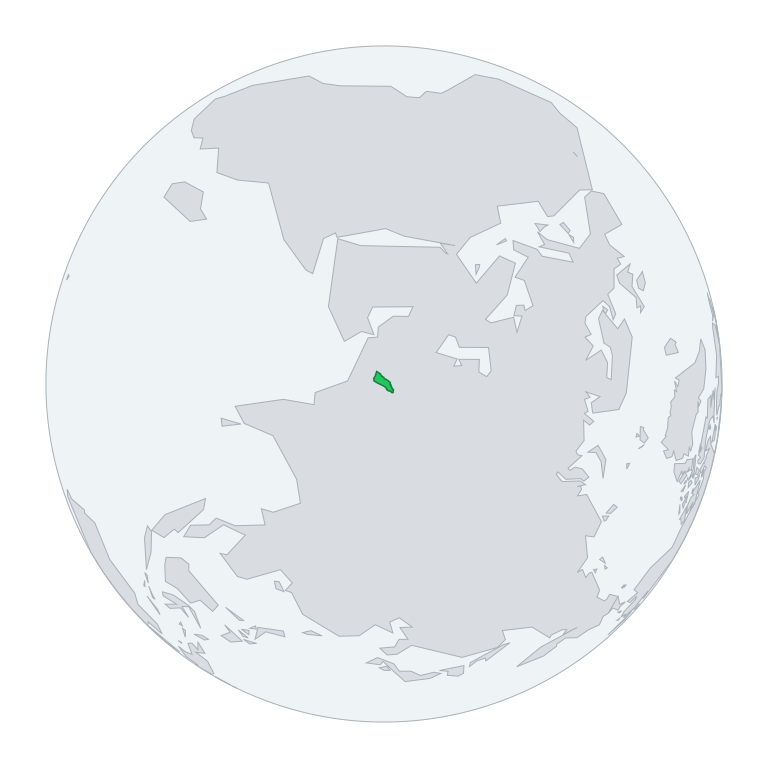 globe centered on Hilmand, rotated 112°
{"feature_id": "AFG-1750", "entity_name": "Hilmand", "entity_type": "Province", "adm_level": 1, "iso_a3": "AFG", "parent_name": "Afghanistan", "parent_adm1": "", "projection": "orthographic", "projection_center": [64.341, 31.376], "detail": "medium", "context": "on_globe", "style": "filled", "palette": "green", "viewbox_px": 768, "rotation_deg": 112, "n_neighbors": 0, "source": "natural_earth", "source_scale": "10m", "svg_char_len": 12404}
<svg xmlns="http://www.w3.org/2000/svg" viewBox="0 0 768 768"><g transform="rotate(112 384 384)"><circle cx="384" cy="384" r="338" fill="#eef3f6" stroke="#a8b0b8"/><path d="M439.1,50.6L440.4,50.9L469.8,58.9L486.0,63.4L477.0,61.7L512.3,72.6L532.7,82.4L505.4,70.4L499.3,68.8L511.0,74.4L507.3,74.0L510.9,76.8L505.4,76.2L489.8,70.3L486.0,70.1L494.5,74.2L494.4,76.9L482.5,70.7L481.0,75.1L454.8,68.1L427.3,55.6L408.4,54.7L368.7,50.5L368.0,51.8L352.5,52.3L345.9,54.3L340.4,53.8L339.9,56.0L346.2,56.2L348.1,57.4L344.8,58.8L337.2,58.2L337.7,57.3L333.8,58.0L331.4,57.2L330.7,58.4L321.9,58.0L325.6,60.8L314.5,62.5L310.0,61.7L317.0,58.6L324.0,52.3L321.6,52.1L311.2,54.0L277.7,63.3L273.9,64.5L296.8,57.5L320.1,52.2L343.8,48.5L367.6,46.5L391.5,46.2L415.4,47.5L439.1,50.6ZM260.5,69.5L269.6,66.1L266.4,68.1L278.3,64.6L278.8,65.2L288.3,63.7L279.8,67.6L266.2,72.5L257.9,74.2L251.7,76.8L253.9,78.6L232.7,86.4L209.2,100.0L204.5,102.2L205.6,98.7L220.2,88.8L220.9,88.0L260.5,69.5ZM217.7,89.8L213.5,92.6L201.9,99.4L196.9,102.6L193.4,105.1L194.9,104.4L189.4,108.0L192.5,105.6L217.7,89.8ZM498.4,67.3L491.7,64.6L499.5,67.4L498.4,67.3ZM512.3,77.4L515.4,78.4L515.9,79.6L512.3,77.4ZM292.4,61.8L290.4,62.7L289.6,62.5L292.4,61.8ZM298.4,60.6L299.0,59.7L302.0,58.9L301.5,59.5L298.4,60.6ZM508.0,79.9L507.9,81.8L505.3,78.7L508.0,79.9ZM297.0,61.9L307.1,57.9L312.3,56.8L315.0,58.2L297.0,61.9ZM506.0,82.3L506.0,87.9L512.8,90.3L493.3,87.4L499.9,83.0L495.6,78.6L501.6,81.6L506.0,82.3ZM349.6,55.6L342.8,55.5L351.5,54.4L349.6,55.6ZM354.7,54.7L378.9,51.2L387.4,52.7L377.6,53.2L391.0,54.8L383.2,57.1L374.1,56.9L370.2,55.2L370.2,57.5L354.7,54.7ZM482.6,85.3L480.3,86.1L479.7,84.2L482.6,85.3ZM349.5,57.8L353.6,56.7L361.3,57.8L354.4,60.3L354.1,59.1L349.5,57.8ZM398.3,54.3L402.7,55.9L397.7,58.2L398.7,59.3L383.8,57.4L398.3,54.3ZM350.7,59.6L350.7,61.6L344.1,62.6L346.0,59.0L350.7,59.6ZM366.1,57.1L369.4,57.9L365.3,58.2L366.1,57.1ZM320.7,68.2L325.4,66.2L329.8,66.5L320.7,68.2ZM351.1,62.4L353.4,62.1L355.6,62.1L354.2,63.7L351.1,62.4ZM381.2,59.4L378.2,60.2L387.1,60.2L383.6,62.4L374.3,60.9L376.9,62.4L375.8,63.2L369.4,61.3L381.2,59.4ZM359.7,65.7L346.6,65.4L336.7,68.7L332.6,68.3L349.1,63.3L359.7,65.7ZM365.9,63.2L361.1,64.6L358.3,63.2L360.0,61.4L365.9,63.2ZM384.7,64.5L392.4,61.5L394.2,62.0L384.7,64.5ZM357.3,66.9L360.6,67.0L357.0,67.2L357.3,66.9ZM376.9,65.4L379.4,64.2L381.3,64.7L376.9,65.4ZM364.9,68.5L360.7,68.2L361.6,66.8L364.9,68.5ZM370.8,67.3L372.9,68.4L364.5,66.5L371.6,66.6L370.8,67.3ZM378.3,66.1L380.3,66.1L377.0,66.6L378.3,66.1ZM363.7,74.3L352.9,72.2L355.0,69.0L365.2,71.3L363.7,74.3ZM58.4,391.7L60.4,334.4L67.2,322.0L74.0,301.1L125.9,263.6L130.7,275.2L164.4,289.5L167.5,295.0L156.8,309.5L176.7,345.6L191.1,336.0L215.9,359.0L236.6,365.4L256.0,336.2L222.0,324.9L222.8,307.4L255.3,303.1L286.0,314.1L287.3,307.8L273.5,288.8L286.3,280.1L269.4,281.5L272.0,289.2L261.5,290.7L258.5,283.9L263.1,280.7L255.5,275.2L235.4,292.7L235.9,302.5L212.4,297.8L211.0,314.0L202.6,318.2L201.8,292.6L206.3,285.2L200.2,254.3L193.4,261.5L198.7,291.5L194.5,287.4L185.3,298.8L189.0,286.9L185.0,253.6L167.6,248.8L135.5,268.0L127.4,264.0L125.1,251.5L146.9,223.2L162.5,235.5L170.4,227.0L175.8,209.1L180.1,214.8L184.2,209.4L191.0,213.8L208.9,206.7L217.0,210.2L232.2,195.4L238.5,195.6L227.7,204.0L224.6,212.2L245.8,222.1L252.3,220.5L260.4,210.5L265.2,215.1L270.4,204.2L286.6,205.9L271.2,195.3L280.4,184.7L294.6,179.9L294.9,174.9L271.8,183.0L265.0,188.1L263.7,195.4L242.9,209.6L233.9,209.0L245.2,188.0L233.6,185.4L247.4,171.5L301.3,156.0L319.7,156.7L332.8,179.5L323.8,184.8L314.7,178.9L315.6,193.9L319.1,188.0L323.1,192.3L332.9,184.5L336.2,187.2L340.0,175.5L345.1,178.0L342.7,185.4L361.5,177.3L374.4,180.9L377.1,177.9L376.3,173.6L393.2,181.8L394.4,179.3L389.4,175.5L388.5,168.3L393.6,159.1L399.2,162.4L398.1,166.2L404.2,179.6L400.4,189.9L403.2,190.5L407.8,182.4L400.4,165.8L401.9,159.4L406.7,166.6L405.1,163.4L407.6,161.4L415.2,162.7L410.5,154.7L430.3,130.8L447.1,132.0L449.2,140.3L468.9,130.2L486.3,134.2L481.6,130.5L487.9,124.4L482.5,122.9L480.7,120.8L494.4,106.8L501.9,106.8L502.5,98.4L500.1,96.8L494.5,96.1L493.3,87.4L512.8,90.3L517.3,93.8L526.5,94.1L535.4,102.4L547.0,110.1L551.4,120.4L560.3,126.3L562.8,125.9L576.7,134.4L596.4,155.0L569.1,140.0L537.3,113.7L549.3,124.1L543.2,122.6L545.4,127.1L554.2,134.9L557.3,135.2L553.9,155.6L568.3,181.9L575.5,175.7L585.7,180.1L608.2,209.1L615.9,260.5L629.5,270.5L634.1,279.6L630.5,288.9L623.8,275.7L615.1,274.4L611.8,266.1L603.8,278.0L598.8,266.7L595.0,282.3L602.6,289.5L611.5,282.5L610.5,302.0L626.7,312.7L634.7,331.2L628.0,373.1L612.0,391.6L612.3,398.1L602.8,394.5L594.9,410.4L616.4,438.0L617.4,447.8L602.4,472.5L601.2,465.6L576.1,456.0L574.7,480.1L593.9,493.0L600.6,512.5L587.4,510.4L580.1,493.4L571.2,489.4L571.2,469.0L559.2,441.4L545.6,451.0L544.4,438.6L525.8,416.8L505.0,429.4L473.5,467.6L472.9,498.9L460.4,513.7L435.9,471.5L429.4,441.1L417.7,444.6L394.8,418.9L347.2,416.0L342.9,407.5L333.4,410.6L317.7,400.8L312.2,386.6L301.5,386.1L316.9,423.4L328.7,424.1L342.0,411.8L343.8,424.6L359.3,436.7L333.1,464.5L266.6,481.3L264.4,457.3L236.2,383.1L239.5,376.2L239.5,375.3L239.5,373.7L232.4,384.5L229.0,369.9L239.4,420.7L239.3,440.7L265.6,482.5L262.1,485.5L271.8,494.6L308.4,491.4L307.6,499.0L287.7,530.9L240.9,566.3L249.7,596.0L250.6,618.1L227.2,625.7L235.0,642.5L223.7,644.0L226.9,652.3L221.1,657.6L209.3,659.2L182.9,647.1L176.7,639.2L156.5,617.9L126.5,568.9L128.2,553.1L123.9,536.2L105.4,489.1L109.1,470.4L105.3,458.4L96.8,454.4L93.1,439.9L88.4,435.6L63.0,415.4L58.4,391.7ZM100.9,289.8L97.8,295.6L100.9,289.8ZM314.1,342.6L335.3,347.4L333.4,325.6L341.4,325.9L337.8,318.8L333.1,324.0L325.5,304.8L337.4,300.5L338.7,291.5L331.6,289.6L311.0,300.7L321.8,327.9L313.7,335.3L314.1,342.6ZM201.6,99.6L200.9,100.0L196.5,103.1L197.0,102.6L201.6,99.6ZM186.6,112.9L178.1,118.6L184.5,113.8L183.5,113.7L195.7,104.4L202.7,102.8L197.4,104.9L186.6,112.9ZM213.9,92.6L205.4,98.0L214.4,92.3L213.9,92.6ZM200.4,178.5L199.8,183.9L193.1,188.6L182.9,186.6L192.5,179.5L200.4,178.5ZM200.7,190.6L214.7,171.7L221.7,172.9L215.4,175.3L218.6,178.0L209.4,182.6L202.3,203.3L195.9,209.0L180.4,200.8L189.0,200.0L189.0,194.4L200.7,190.6ZM238.3,129.0L244.5,122.9L251.6,133.1L245.0,137.7L234.3,135.4L235.8,128.7L238.3,129.0ZM299.9,66.2L301.8,64.8L303.9,64.7L304.0,65.9L299.9,66.2ZM322.5,67.3L293.8,73.1L294.5,71.5L276.8,77.9L271.9,76.5L283.5,72.2L266.4,76.4L274.9,72.1L263.1,75.7L289.5,66.3L296.5,63.2L290.6,67.0L295.0,68.2L299.0,67.8L315.5,64.7L332.6,59.6L339.7,60.8L340.2,63.0L337.1,64.4L333.5,63.0L332.0,65.9L324.4,65.1L322.5,67.3ZM341.4,99.7L338.4,95.6L334.2,105.0L326.6,102.7L326.6,103.9L318.4,104.6L308.5,107.9L306.0,106.1L303.2,108.2L297.8,109.0L293.1,111.5L287.0,109.5L280.8,112.5L281.4,109.9L272.4,115.7L276.4,110.6L269.7,111.8L269.3,116.1L247.9,103.7L235.8,103.8L223.5,107.2L232.1,99.1L249.1,91.3L268.7,85.7L279.1,87.3L281.1,83.8L286.6,83.8L282.7,86.5L292.1,82.3L295.6,83.1L313.1,80.7L324.3,75.2L331.0,74.6L328.4,77.2L336.8,74.8L336.4,79.6L341.1,79.4L345.5,84.4L337.6,90.3L343.5,89.8L347.1,94.1L341.4,99.7ZM364.6,75.7L356.9,82.3L349.0,84.6L344.8,75.1L340.6,74.6L337.6,69.5L349.1,66.6L348.9,68.2L351.4,69.2L346.8,69.6L352.3,70.0L352.2,72.5L356.5,73.5L352.9,75.3L364.6,75.7ZM175.2,291.5L178.3,294.2L184.2,296.5L178.6,304.1L175.2,291.5ZM172.0,268.9L175.4,269.6L170.3,280.6L167.0,278.2L172.0,268.9ZM181.7,261.1L176.0,268.8L177.1,263.2L181.7,261.1ZM231.4,204.4L235.6,204.9L234.3,207.6L230.0,210.3L231.4,204.4ZM327.4,130.4L327.0,126.9L329.3,126.3L335.0,118.8L341.1,120.4L340.0,125.6L327.4,130.4ZM247.7,339.8L239.2,344.0L237.2,340.0L240.5,339.4L247.7,339.8ZM205.3,324.0L212.9,331.8L203.7,326.0L205.3,324.0ZM335.0,130.9L336.6,127.5L338.7,130.5L335.0,130.9ZM345.8,121.3L348.9,124.1L342.5,119.8L345.8,121.3ZM401.9,716.4L406.6,717.2L400.8,717.6L401.9,716.4ZM305.9,624.6L293.2,658.0L277.7,655.4L271.3,644.5L273.6,623.4L290.4,619.8L297.6,610.3L305.9,624.6ZM655.7,532.3L661.3,529.8L660.9,531.2L655.7,532.3ZM650.0,531.8L656.9,528.0L648.4,535.3L650.0,531.8ZM659.5,526.5L666.4,519.5L669.4,515.5L668.6,518.5L659.5,526.5ZM645.1,534.7L616.3,548.5L604.2,550.2L607.7,544.3L627.2,537.0L645.1,534.7ZM606.6,544.5L587.4,538.3L557.0,506.6L568.0,504.3L598.9,519.2L597.1,524.1L608.8,530.4L606.6,544.5ZM651.0,499.2L648.9,512.7L633.6,519.6L626.3,521.1L621.3,507.2L624.1,497.5L630.3,495.0L651.2,454.8L659.0,457.7L653.3,473.5L659.6,481.2L651.0,499.2ZM474.7,501.6L483.8,518.3L476.7,522.2L474.7,501.6ZM657.3,429.5L650.4,447.2L655.9,425.6L657.3,429.5ZM659.1,410.6L660.7,416.9L656.4,412.5L659.1,410.6ZM614.3,407.4L607.9,411.8L606.6,407.1L614.0,398.8L614.3,407.4ZM640.7,347.0L644.8,361.0L645.0,366.3L640.1,359.4L640.7,347.0ZM389.4,145.6L374.7,153.6L368.1,161.7L370.8,169.4L360.7,162.5L370.8,150.0L389.4,145.6ZM424.7,132.0L422.2,126.2L427.4,127.1L428.7,128.5L424.7,132.0ZM420.3,129.7L409.6,125.9L410.9,121.6L419.1,125.4L420.3,129.7ZM371.9,127.0L367.1,129.1L365.6,126.5L371.9,127.0ZM649.8,592.6L649.2,593.4L606.9,635.0L600.2,638.3L607.6,630.5L613.0,614.6L615.7,613.4L621.1,600.1L649.4,572.6L671.4,536.7L680.5,529.6L691.5,504.3L698.8,496.1L692.9,513.5L696.2,512.7L709.0,472.8L705.2,489.0L697.1,511.2L687.4,532.7L676.3,553.6L663.8,573.5L649.8,592.6ZM669.4,524.2L678.1,509.1L681.8,505.2L669.4,524.2ZM714.6,453.8L714.6,454.1L714.2,451.4L710.5,466.0L704.1,476.3L706.7,467.9L706.7,460.6L697.9,468.6L696.2,465.0L700.0,457.1L693.1,459.8L700.8,449.1L703.2,457.8L707.2,443.7L712.5,437.6L716.3,433.2L717.7,435.0L716.8,440.2L716.5,444.4L714.6,453.8ZM699.3,475.4L700.4,474.0L699.0,478.8L699.3,475.4ZM719.6,423.9L719.0,428.3L718.4,431.3L720.6,413.5L720.7,413.1L719.6,423.9ZM720.8,411.2L720.8,409.1L721.2,406.7L721.1,407.0L720.8,411.2ZM683.7,480.4L683.2,484.0L680.9,483.4L683.7,480.4ZM686.8,475.9L693.2,473.4L686.0,479.3L686.8,475.9ZM663.6,481.6L666.0,487.9L673.6,477.7L667.8,488.9L672.2,498.3L670.1,504.4L665.9,493.9L663.1,509.5L659.7,511.5L658.5,500.3L662.4,482.9L665.9,474.4L679.2,462.4L663.6,481.6ZM687.1,466.3L685.2,458.6L686.4,451.2L688.6,454.5L687.1,466.3ZM678.3,440.7L671.8,433.7L667.0,441.5L675.5,419.0L680.6,429.3L678.3,440.7ZM670.9,420.0L666.6,427.1L670.3,414.8L670.9,420.0ZM664.8,424.3L663.0,416.9L667.1,415.4L664.8,424.3ZM673.4,418.6L672.2,404.9L675.3,411.3L673.4,418.6ZM658.1,400.8L668.9,407.9L656.9,409.7L650.8,384.8L655.5,381.2L658.1,400.8ZM648.9,282.0L644.6,275.6L647.3,271.1L649.5,276.7L648.9,282.0ZM652.0,253.0L646.6,268.0L641.5,281.0L645.7,282.2L649.2,295.8L640.1,287.6L639.8,269.8L644.6,262.2L640.2,251.5L640.6,241.1L632.6,229.8L631.1,222.9L639.8,231.1L652.0,253.0ZM628.9,225.3L615.1,204.4L622.5,201.9L627.2,205.9L630.4,216.3L626.3,216.9L628.9,225.3ZM614.0,198.9L609.9,199.6L581.0,175.7L576.8,170.3L602.6,185.8L600.2,187.5L605.9,194.2L614.0,198.9ZM483.7,87.5L480.6,86.2L484.0,86.5L483.7,87.5ZM477.6,120.2L475.8,117.3L479.9,117.3L477.6,120.2ZM472.9,109.6L469.6,111.5L470.8,108.1L472.9,109.6ZM462.5,116.5L467.2,111.7L466.0,118.3L462.5,116.5Z" fill="#d9dde1" stroke="#a8b0b8" stroke-width="1"/><path d="M384.8,394.6L384.7,394.6L383.3,395.1L383.1,395.2L382.8,395.7L382.7,395.7L382.1,395.5L380.0,395.1L375.1,395.5L375.7,392.6L375.7,392.0L375.9,391.8L375.9,391.6L376.0,390.9L376.4,390.6L376.6,390.4L377.0,389.9L377.2,389.4L377.7,389.0L377.7,388.9L377.5,388.6L377.6,388.3L377.6,388.2L377.7,387.7L378.0,387.5L377.9,386.6L378.4,386.3L378.7,385.7L378.8,385.6L379.0,385.5L379.0,384.7L378.8,384.3L378.9,384.2L379.0,384.0L379.0,383.4L379.3,381.5L379.4,381.1L379.6,381.0L379.8,380.8L380.0,380.3L380.0,380.1L380.1,379.8L380.0,379.5L380.0,379.1L380.6,378.8L380.9,378.4L381.2,378.4L381.4,378.4L381.5,378.2L381.9,377.9L382.0,377.9L382.1,378.0L382.2,377.8L382.4,377.7L382.3,377.3L382.3,377.2L382.4,376.9L382.5,376.9L382.5,377.0L383.2,376.9L383.7,376.7L383.8,376.6L383.8,376.4L383.6,376.3L383.6,376.1L384.0,375.8L384.0,375.7L384.3,375.3L385.1,375.0L385.2,374.9L385.1,374.4L385.4,374.0L385.9,373.6L385.8,373.4L386.0,373.2L385.9,373.1L386.2,373.0L386.4,373.2L386.7,372.9L386.9,373.0L387.0,372.9L387.7,372.6L388.0,372.3L388.3,372.3L388.5,372.4L388.7,372.5L388.8,372.9L389.0,373.1L389.0,373.9L388.9,373.9L388.7,374.0L388.5,374.5L388.2,375.0L388.3,375.2L388.2,375.6L388.3,375.8L388.2,376.1L388.2,376.3L388.3,376.4L388.5,376.4L388.6,376.5L388.7,377.0L388.6,377.3L388.6,377.7L388.5,378.1L388.4,378.7L388.1,378.9L388.0,379.3L387.9,379.4L388.0,379.5L387.8,379.9L387.6,380.0L387.3,379.9L387.0,380.1L386.9,380.3L386.9,380.5L386.8,380.8L386.4,381.2L386.4,381.3L386.3,381.8L386.4,382.0L386.3,382.6L386.2,382.8L386.0,383.7L385.7,387.8L385.6,389.7L385.5,390.8L384.8,394.6Z" fill="#22c55e" stroke="#15803d" stroke-width="1.5"/></g></svg>